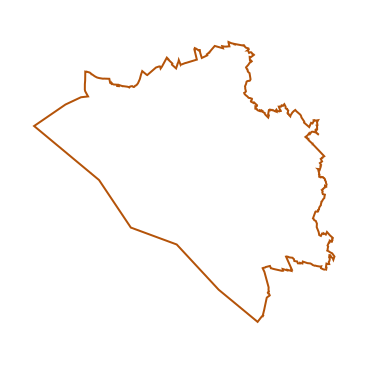 Waadhoeke, Friesland, Netherlands, rotated 257°
{"feature_id": "6326949B95625047897274", "entity_name": "Waadhoeke", "entity_type": "district", "adm_level": 2, "iso_a3": "NLD", "parent_name": "Netherlands", "parent_adm1": "Friesland", "projection": "robinson", "projection_center": [5.61, 53.246], "detail": "fine", "context": "isolated", "style": "outline", "palette": "amber", "viewbox_px": 384, "rotation_deg": 257, "n_neighbors": 0, "source": "geoboundaries", "source_scale": "gbopen_adm2", "svg_char_len": 5974}
<svg xmlns="http://www.w3.org/2000/svg" viewBox="0 0 384 384"><g transform="rotate(257 192 192)"><path d="M224.6,104.1L171.1,124.4L144.3,165.3L90.8,196.0L50.7,226.7L55.1,232.1L54.9,232.9L55.6,233.5L55.8,233.2L60.9,235.8L72.1,241.0L72.5,241.5L73.6,244.2L73.8,244.5L75.4,244.2L75.9,243.5L76.8,243.2L77.2,243.4L77.4,244.3L77.8,244.6L79.3,244.5L81.9,245.2L97.9,244.6L101.9,243.7L102.0,244.1L102.0,246.4L102.3,246.9L102.4,251.3L100.1,251.7L100.1,252.0L99.4,252.8L98.3,254.9L95.0,261.8L94.8,262.7L94.8,263.0L96.6,263.0L94.2,267.2L94.8,267.3L92.7,271.2L93.6,271.2L93.4,271.5L93.5,271.9L107.9,269.1L107.9,269.7L107.0,271.5L106.5,271.8L105.3,275.2L104.2,275.7L103.7,276.2L101.7,276.2L100.7,278.8L98.7,279.1L98.1,281.1L98.7,281.3L97.5,283.5L99.3,284.3L96.7,288.5L95.8,291.2L94.9,292.3L93.7,293.2L92.5,295.1L92.5,295.7L91.8,296.9L90.5,300.1L90.5,300.9L90.4,300.9L90.4,301.1L89.6,300.6L88.8,300.5L87.0,302.7L86.5,304.0L86.6,304.9L86.3,305.3L88.2,306.1L88.6,305.6L92.0,306.9L91.2,308.2L90.9,309.5L93.0,309.5L93.8,310.3L95.7,311.2L96.6,311.2L97.4,310.9L99.6,311.7L99.3,312.5L97.1,313.1L96.0,314.2L94.2,314.5L97.1,316.3L100.7,314.8L102.1,313.1L103.6,311.7L104.5,310.6L105.5,311.3L106.1,311.4L108.3,312.4L109.3,312.0L112.0,314.0L111.7,314.4L111.9,314.7L113.7,315.3L113.1,316.1L112.1,316.9L112.1,317.2L113.2,317.6L113.5,318.0L114.1,317.8L115.4,318.2L115.2,318.7L115.6,318.9L118.5,316.8L122.7,314.5L120.4,312.8L122.3,310.8L121.6,310.4L122.2,309.3L120.2,307.7L121.4,306.3L124.6,306.4L129.7,305.6L133.1,306.6L136.0,306.1L137.0,304.8L138.3,304.5L139.0,303.9L145.0,307.8L145.2,308.3L144.6,309.8L144.7,310.5L146.1,310.7L146.3,311.1L146.2,311.5L146.4,311.8L147.7,312.2L148.5,312.7L150.3,314.7L151.2,314.8L151.6,315.2L153.4,315.9L153.4,316.3L153.8,316.5L154.2,317.1L155.0,317.7L155.7,318.5L156.4,319.6L157.4,319.9L159.5,320.9L160.5,319.0L162.4,318.9L163.0,319.4L164.6,319.0L164.6,319.3L165.1,319.7L164.9,319.9L166.2,321.4L166.5,322.5L167.9,322.9L167.4,323.3L167.0,324.0L168.7,324.5L169.0,324.8L170.9,324.6L172.1,324.8L173.6,324.2L174.4,324.5L175.9,323.8L176.0,323.3L177.1,322.9L177.6,321.3L177.3,321.3L177.3,320.6L177.5,320.3L178.0,320.4L178.3,319.4L179.1,319.5L180.3,320.1L180.7,319.7L181.8,320.1L184.1,320.0L184.1,320.6L184.7,320.7L186.1,319.8L185.7,320.9L185.0,321.5L187.8,323.2L188.4,322.9L189.3,323.9L191.4,323.1L192.5,325.6L195.3,324.9L195.9,326.6L196.2,326.5L197.1,328.9L211.0,320.7L211.8,320.5L211.7,320.2L212.0,320.2L215.5,317.8L215.7,318.1L215.6,317.8L216.4,317.4L217.2,317.4L217.0,317.0L218.6,316.4L218.5,316.2L219.5,315.8L219.3,315.5L220.1,314.9L221.2,317.3L223.0,319.5L221.9,319.9L223.7,322.0L223.6,323.2L222.2,326.0L219.9,327.8L220.0,327.9L222.2,326.3L222.6,326.5L224.6,326.2L225.0,326.6L224.5,327.6L224.8,328.0L228.3,328.7L228.9,328.5L229.0,329.3L231.9,329.5L233.6,331.0L233.8,327.5L234.5,327.5L234.6,326.6L233.6,326.5L231.7,324.8L232.6,323.6L228.9,320.8L234.4,316.8L235.0,317.2L235.4,317.2L240.1,315.4L241.3,315.4L242.3,315.2L243.3,314.7L247.3,311.8L248.7,311.1L247.9,309.3L246.8,307.6L244.4,305.2L243.6,304.8L244.1,304.5L244.3,304.8L244.8,304.4L244.7,304.1L244.8,304.0L246.8,303.5L246.7,303.0L247.5,302.8L248.3,303.4L249.8,304.1L250.7,303.4L251.5,303.4L251.5,303.0L252.5,302.1L254.1,302.4L256.8,301.7L256.3,301.0L255.5,300.2L255.6,299.5L256.1,299.3L256.3,298.8L255.2,297.9L255.5,297.0L255.3,296.9L255.6,295.8L253.1,296.1L251.8,296.6L251.7,296.2L251.0,296.4L251.1,295.7L250.9,295.3L251.5,293.9L251.5,293.4L253.3,292.8L252.1,291.5L251.6,291.7L252.3,290.6L253.7,289.2L253.5,288.8L253.9,288.0L254.3,287.6L254.7,286.5L254.0,286.2L254.4,285.3L250.4,283.6L249.5,284.2L247.4,283.0L250.6,281.0L252.2,280.4L252.7,280.6L254.4,278.6L255.0,279.0L256.1,277.9L255.6,277.3L256.2,276.6L255.5,276.4L255.6,276.2L257.0,274.2L258.0,274.0L258.3,273.3L259.0,273.1L259.1,272.5L261.2,273.0L260.9,273.6L261.1,273.8L260.9,274.1L261.1,274.5L261.9,274.9L265.3,272.6L264.8,272.1L266.8,269.8L267.3,269.8L268.1,270.8L269.2,271.4L269.6,271.2L269.8,270.6L270.5,269.7L270.7,268.9L271.1,268.3L272.7,267.4L274.0,266.3L275.6,265.3L276.8,265.1L277.3,266.5L278.0,267.2L280.7,267.1L282.0,267.4L283.0,267.4L285.2,269.0L287.1,269.9L287.6,270.8L287.5,271.0L287.6,271.8L287.4,272.8L287.6,273.6L288.7,274.4L294.9,274.8L296.4,273.7L297.6,273.4L298.0,273.7L299.3,273.5L299.5,273.1L301.3,272.7L303.3,275.5L305.9,278.3L305.4,278.6L305.9,279.6L306.9,279.1L307.4,278.1L310.7,278.6L310.2,279.8L311.7,283.2L312.4,282.8L312.7,282.0L313.3,281.7L314.3,281.5L314.8,281.1L315.0,280.4L314.7,278.9L317.4,278.4L317.5,277.8L318.3,279.4L319.2,279.3L320.5,277.0L322.4,275.8L322.5,276.0L323.2,275.8L323.4,275.3L323.0,275.2L326.9,266.3L326.4,266.4L326.5,266.2L327.1,265.9L328.2,263.7L330.0,261.3L329.6,261.2L325.5,261.2L325.9,258.9L325.8,258.7L326.3,256.5L327.3,254.3L325.1,254.5L329.2,247.0L326.1,242.8L324.9,241.2L324.7,241.2L324.0,239.7L323.7,239.8L322.8,237.4L321.7,237.6L320.4,231.7L325.8,231.3L328.6,231.5L328.7,231.0L328.6,230.9L328.9,230.3L328.6,230.2L330.7,228.3L331.5,227.2L329.9,226.8L330.1,226.4L319.9,226.5L319.1,214.8L319.2,214.6L318.5,209.9L319.5,209.5L319.3,209.4L323.5,208.8L321.8,208.0L319.8,206.5L319.6,206.5L316.0,204.3L320.6,201.1L321.6,201.8L326.4,198.6L326.6,198.9L328.6,197.7L320.9,190.9L319.4,189.2L321.3,189.2L321.6,189.0L321.7,187.9L321.4,184.9L316.0,174.7L316.4,174.2L321.0,170.7L317.8,168.7L313.8,166.6L310.2,163.9L309.0,162.5L308.5,161.6L308.3,160.5L307.5,159.5L307.4,158.9L307.7,158.3L308.5,157.8L308.7,156.8L308.7,155.5L308.0,154.4L308.5,154.1L308.5,153.8L309.1,152.8L310.8,148.3L310.7,148.2L312.9,144.6L311.6,144.5L312.1,142.9L314.0,143.1L313.5,142.9L313.6,142.6L313.8,142.7L313.6,142.6L314.3,140.0L315.0,139.0L315.4,138.3L315.6,138.3L315.5,138.1L315.9,138.0L315.7,137.9L316.7,136.8L320.9,136.9L322.3,131.7L322.4,130.8L323.8,127.4L324.5,126.0L325.1,125.0L326.8,123.1L329.1,121.1L329.3,120.5L330.0,120.3L331.4,119.2L333.0,116.3L332.8,116.0L333.3,115.1L324.4,112.9L321.3,111.9L315.8,110.6L314.2,110.6L308.5,112.2L309.3,105.1L305.7,88.4L291.8,53.0L224.6,104.1Z" fill="none" stroke="#b45309" stroke-width="2"/></g></svg>